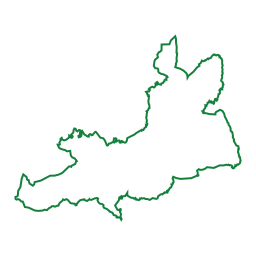 outline of Tonkolili, Northern, Sierra Leone
{"feature_id": "65957751B39959109464342", "entity_name": "Tonkolili", "entity_type": "district", "adm_level": 2, "iso_a3": "SLE", "parent_name": "Sierra Leone", "parent_adm1": "Northern", "projection": "mercator", "projection_center": [-11.945, 8.764], "detail": "fine", "context": "isolated", "style": "outline", "palette": "green", "viewbox_px": 256, "rotation_deg": 0, "n_neighbors": 0, "source": "geoboundaries", "source_scale": "gbopen_adm2", "svg_char_len": 5864}
<svg xmlns="http://www.w3.org/2000/svg" viewBox="0 0 256 256"><path d="M15.5,196.9L15.4,198.2L15.8,199.2L16.9,199.6L18.0,199.1L19.5,199.6L21.1,201.4L22.8,201.6L24.9,207.0L28.8,207.7L34.5,210.4L38.0,210.9L42.3,210.6L44.6,209.7L47.0,210.1L48.8,208.3L50.9,207.2L51.8,206.3L53.5,206.1L54.9,206.7L57.2,205.7L58.4,205.7L59.5,203.1L62.7,200.4L63.0,199.4L64.7,200.0L66.2,199.2L67.5,199.6L70.6,203.2L74.9,203.8L75.2,204.8L75.9,204.8L76.1,205.3L76.5,205.1L76.5,204.0L77.2,203.7L77.6,202.7L80.2,200.2L84.3,199.3L84.6,200.1L87.1,201.0L89.0,199.5L89.0,199.8L89.6,199.5L91.3,199.9L94.7,198.4L97.1,198.0L98.1,198.7L97.5,200.2L98.2,201.9L99.5,203.5L102.4,204.2L103.6,205.2L103.3,206.5L104.0,207.8L107.0,209.1L109.6,211.2L109.6,211.6L112.5,212.7L113.7,215.1L115.7,215.5L117.1,216.6L116.6,217.3L116.9,217.6L120.0,217.4L121.2,219.7L121.6,219.0L120.5,216.8L121.0,214.1L119.8,211.4L119.8,211.0L120.7,210.5L120.6,209.1L119.6,209.4L118.9,210.1L117.4,209.7L115.1,205.4L118.8,200.4L119.3,197.5L120.7,196.6L120.5,198.1L120.8,198.6L121.9,198.6L122.5,196.4L125.3,196.0L127.3,192.8L127.3,195.4L127.8,195.8L130.7,197.6L132.9,197.9L133.6,198.5L134.1,198.2L135.1,198.9L135.4,198.5L135.6,199.2L136.1,198.9L136.7,199.7L137.6,199.6L138.5,200.2L139.6,199.7L139.9,198.9L140.2,199.2L141.3,198.1L142.2,198.5L144.1,198.2L145.5,199.0L147.3,199.0L149.8,199.9L152.7,198.1L156.3,198.9L157.5,198.4L158.2,196.2L160.5,194.5L161.8,194.1L162.5,194.4L164.2,192.6L164.5,193.0L165.7,192.3L166.8,192.6L166.9,191.5L167.6,191.9L167.7,191.4L167.6,190.5L168.0,190.2L168.1,190.8L168.4,190.7L169.9,187.9L171.2,187.4L171.9,185.3L171.5,184.5L172.5,184.4L173.0,183.2L172.8,182.9L173.6,182.2L173.3,179.7L172.6,178.6L173.2,176.8L176.4,178.1L180.6,178.9L191.2,178.2L196.6,175.9L198.3,175.7L198.4,175.3L197.4,175.1L197.8,173.2L197.1,170.6L198.8,169.2L199.8,169.8L202.4,169.8L205.2,168.7L207.0,167.2L213.9,167.9L219.6,165.4L223.8,165.4L226.3,164.7L227.9,165.1L228.4,164.7L229.4,165.3L229.8,165.0L231.8,165.6L232.3,166.7L231.9,167.3L232.7,168.2L233.2,168.4L234.4,167.7L234.7,166.5L235.6,166.2L235.5,165.2L236.6,165.5L237.3,164.4L238.0,164.7L239.5,163.6L240.2,162.7L240.2,161.3L240.6,160.9L240.0,157.5L239.6,156.6L239.2,156.7L238.5,153.1L238.0,152.3L238.3,149.2L238.7,149.3L238.8,148.6L238.3,146.2L236.4,145.5L233.8,140.9L234.2,139.9L232.7,137.1L233.0,136.2L232.4,132.7L232.0,131.8L231.1,131.5L230.5,130.1L230.7,128.9L230.0,126.6L228.7,124.9L228.4,123.2L227.4,122.4L227.2,121.1L224.8,116.5L224.2,113.8L222.5,111.0L220.1,109.8L216.1,112.0L215.5,112.6L215.4,114.4L209.6,114.1L205.4,113.1L203.4,113.2L202.4,111.3L203.7,111.3L203.7,109.8L205.2,108.1L205.4,106.1L206.0,106.1L205.6,105.3L206.5,105.4L207.4,103.9L207.6,102.7L208.5,102.4L209.1,101.3L209.4,102.2L211.0,101.1L211.1,100.5L211.2,101.2L210.6,101.8L211.2,102.7L212.5,102.2L212.6,102.9L213.4,103.1L213.6,103.7L214.0,103.5L214.9,99.2L215.3,98.9L215.8,99.2L215.9,99.9L216.7,100.6L217.4,99.5L217.0,99.0L218.1,96.8L218.5,94.2L219.4,94.1L220.0,92.9L219.7,92.4L220.3,89.7L219.8,89.7L220.6,88.8L221.1,89.3L222.3,89.4L222.2,87.7L222.8,87.1L222.7,85.8L223.5,84.5L222.8,83.9L222.9,82.6L221.2,80.8L221.4,79.2L222.0,78.5L222.2,75.9L221.8,75.3L222.6,74.1L222.6,72.3L222.2,72.0L222.6,69.7L222.1,67.4L222.7,65.2L222.2,64.4L222.2,60.6L221.5,58.5L220.7,58.2L219.8,56.3L219.3,56.8L218.8,55.2L217.5,54.8L216.2,55.5L214.7,54.5L214.0,54.9L213.5,54.6L212.1,55.9L210.7,58.1L209.2,58.4L208.4,59.1L207.9,58.5L206.2,59.9L205.3,60.1L205.3,60.6L203.1,61.3L201.9,60.6L200.6,63.2L198.9,64.3L199.4,66.0L197.3,67.1L193.2,72.0L188.5,75.8L187.5,77.6L187.3,75.2L186.4,73.2L183.5,70.6L180.3,68.8L175.3,67.2L176.0,64.5L175.9,63.6L176.9,61.3L176.6,60.7L176.6,57.7L177.2,53.3L176.5,52.8L176.7,47.0L176.0,42.4L176.0,38.9L175.2,36.3L170.9,40.4L169.4,44.3L161.6,44.5L161.5,50.4L160.1,51.7L158.9,52.2L157.3,54.6L157.9,57.4L155.1,59.7L154.5,61.2L153.8,65.9L155.2,68.2L157.7,68.5L158.3,69.5L158.2,71.1L158.8,72.5L161.4,74.0L163.4,74.3L167.2,76.3L167.5,77.2L166.5,77.4L166.4,79.8L165.4,79.5L164.6,80.0L164.4,81.5L163.7,81.6L162.9,83.1L161.3,83.5L161.0,84.7L158.8,84.2L157.3,82.0L156.9,82.2L157.6,83.5L157.3,84.1L156.7,83.3L155.5,83.3L155.3,83.8L156.1,85.0L154.5,87.2L154.0,87.5L152.3,86.7L150.0,87.9L148.8,89.1L149.9,90.0L148.9,91.6L147.5,91.4L146.0,91.9L147.3,93.6L147.4,94.7L148.7,95.2L148.2,96.2L149.0,96.6L148.4,101.1L148.6,103.5L149.3,104.9L149.5,108.0L148.8,108.2L148.1,110.0L146.5,111.3L147.2,112.1L146.6,114.4L146.7,116.0L146.2,117.0L146.9,120.9L146.5,122.3L147.4,123.9L146.8,125.4L145.9,125.0L146.0,127.0L144.5,128.0L143.4,130.0L142.1,129.7L141.6,130.8L140.7,130.4L136.0,133.2L134.7,134.4L127.3,138.1L126.7,141.0L125.8,142.4L124.8,142.7L123.4,142.1L122.3,142.2L122.3,141.2L121.8,141.0L120.7,142.7L120.1,142.7L119.6,142.4L119.7,140.8L119.1,140.5L117.6,140.6L116.3,141.6L115.9,140.0L116.3,138.7L115.8,138.3L114.1,138.4L113.6,140.4L114.4,141.9L114.1,142.5L112.7,142.1L110.5,143.4L108.9,143.6L108.0,145.3L107.5,145.5L106.9,145.4L105.0,140.7L103.4,138.4L100.3,137.6L96.1,132.1L95.5,131.8L94.7,132.3L92.5,135.1L91.4,135.2L90.6,134.1L89.9,134.1L88.8,135.0L88.8,136.6L87.8,136.6L84.4,134.5L82.2,131.0L81.4,132.3L81.6,134.5L81.2,136.1L80.3,136.9L78.8,137.3L78.4,136.0L79.8,135.2L80.0,132.1L81.0,131.0L79.7,130.0L78.8,130.1L77.3,131.4L76.3,130.7L75.6,128.8L74.4,128.5L73.7,129.7L73.3,132.5L70.9,135.0L72.7,136.3L72.3,137.5L71.3,137.8L69.2,135.8L69.2,137.3L68.8,137.7L66.3,139.7L64.1,140.4L62.3,139.5L61.7,137.9L60.5,139.0L60.7,140.4L59.4,142.6L59.9,144.3L59.7,144.7L57.7,144.7L58.9,147.5L59.6,148.3L62.9,149.6L64.8,149.9L67.0,151.3L70.2,150.9L70.8,155.4L72.1,157.2L74.9,158.6L76.8,161.1L76.0,161.6L75.2,164.0L71.7,165.7L71.2,166.8L69.9,166.3L69.0,166.5L62.3,172.9L59.2,174.4L54.9,175.6L50.1,175.7L40.8,180.6L34.7,182.1L34.1,184.5L32.9,185.7L29.5,183.5L28.6,180.1L27.7,180.0L27.0,179.4L26.6,177.1L23.3,174.4L21.7,178.8L20.4,187.1L18.2,190.8L17.8,195.6L17.2,196.4L15.5,196.9Z" fill="none" stroke="#15803d" stroke-width="2"/></svg>